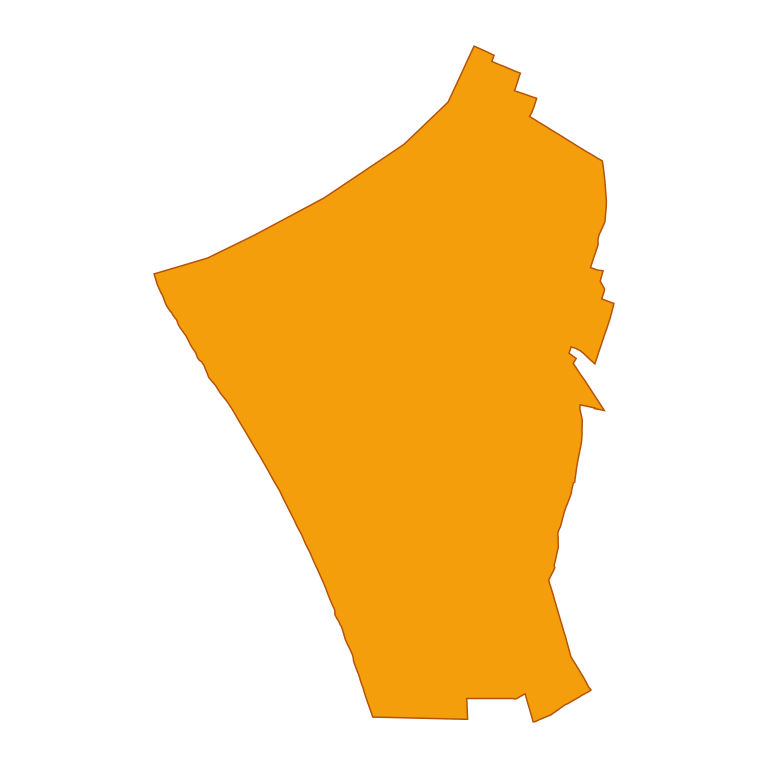 Ciudad Madero, Tamaulipas, Mexico, rotated 180°
{"feature_id": "50627088B64715613220585", "entity_name": "Ciudad Madero", "entity_type": "district", "adm_level": 2, "iso_a3": "MEX", "parent_name": "Mexico", "parent_adm1": "Tamaulipas", "projection": "robinson", "projection_center": [-97.839, 22.278], "detail": "fine", "context": "isolated", "style": "filled", "palette": "amber", "viewbox_px": 768, "rotation_deg": 180, "n_neighbors": 0, "source": "geoboundaries", "source_scale": "gbopen_adm2", "svg_char_len": 4769}
<svg xmlns="http://www.w3.org/2000/svg" viewBox="0 0 768 768"><g transform="rotate(180 384 384)"><path d="M293.9,721.9L299.7,709.5L311.9,683.0L319.8,666.1L325.2,660.8L338.1,648.5L351.5,635.6L364.0,623.7L377.6,614.5L443.9,570.1L512.4,533.5L516.9,531.2L546.2,516.9L560.4,510.0L563.3,509.1L607.8,495.9L613.9,494.1L610.8,483.6L606.8,474.7L606.2,474.1L604.7,470.6L603.6,467.5L602.5,464.5L600.4,460.6L597.9,456.9L597.5,456.3L597.2,456.3L596.3,455.3L595.2,452.9L593.6,451.1L592.6,449.5L591.5,448.4L589.6,443.2L587.2,439.3L584.5,435.6L582.7,433.1L581.6,431.4L579.4,427.1L577.5,423.1L575.2,419.4L573.6,417.2L572.1,414.8L570.6,410.5L568.9,408.0L566.3,406.1L563.7,401.9L562.5,398.6L560.7,394.5L559.4,390.8L556.5,387.2L552.4,382.5L547.8,375.0L541.0,366.6L535.4,358.1L528.0,345.3L521.6,334.7L515.2,323.6L508.2,312.0L500.3,298.2L493.9,286.5L488.5,277.5L485.0,270.1L483.5,267.1L478.5,257.2L474.2,248.8L470.9,241.6L466.4,233.3L462.4,224.0L457.9,215.2L455.8,210.2L454.4,206.9L449.4,196.1L444.3,184.7L442.0,179.0L439.3,171.8L436.6,165.2L435.0,161.6L433.9,159.5L433.3,157.8L433.1,156.1L433.1,153.8L432.7,152.6L431.5,150.2L429.2,146.5L427.7,143.1L426.5,141.3L425.3,137.6L424.0,133.2L422.7,128.5L420.7,124.0L418.1,118.9L415.9,114.0L415.4,112.6L414.9,110.9L414.6,108.2L414.1,105.7L411.5,98.7L409.1,92.8L407.6,87.5L407.0,85.6L405.0,80.1L403.7,75.8L403.2,74.0L400.5,66.0L397.4,57.3L395.2,50.9L376.7,50.5L373.8,50.4L370.9,50.4L367.8,50.3L301.5,48.7L300.4,48.8L300.9,60.9L301.3,69.5L255.9,69.5L254.1,69.2L252.7,69.1L251.5,69.3L243.0,74.2L242.5,72.8L241.6,69.5L240.5,65.8L239.8,63.4L234.8,46.1L233.3,46.2L231.4,47.0L228.5,48.4L217.0,53.2L216.6,53.4L216.4,53.6L205.7,61.3L202.7,63.4L200.5,64.2L197.9,65.7L195.2,67.3L192.6,68.8L189.9,70.3L188.2,71.3L187.3,72.0L178.9,76.6L177.7,77.4L177.0,78.1L178.7,80.2L179.3,80.8L180.8,83.7L182.3,86.7L184.0,89.8L185.0,91.5L185.7,92.6L186.6,94.1L187.4,95.4L188.3,96.9L188.6,97.5L190.0,99.8L190.2,100.0L191.6,102.3L191.8,102.7L193.4,105.3L194.0,106.2L195.3,108.2L196.4,110.2L196.8,110.4L197.9,114.4L198.7,117.3L199.1,118.7L199.6,120.5L200.3,123.2L200.5,123.7L201.4,126.9L201.5,127.5L202.3,130.4L202.7,131.9L203.5,134.3L204.1,136.3L204.5,137.5L205.4,140.7L205.6,141.6L206.7,145.1L206.8,145.5L208.0,149.2L208.1,149.7L208.8,152.2L209.1,153.1L210.0,156.4L211.1,160.0L211.8,162.4L212.0,163.4L213.0,166.6L215.2,174.5L216.9,179.8L217.0,180.2L218.1,183.7L218.8,185.9L218.8,186.1L219.3,187.8L217.3,191.9L213.9,198.6L213.2,200.3L213.9,202.8L213.7,203.4L212.7,207.3L211.9,210.6L211.8,211.2L210.8,216.1L209.9,219.7L209.7,221.1L209.9,226.5L209.8,229.9L210.1,232.7L210.1,235.2L209.4,237.4L207.3,242.1L206.4,245.7L203.9,255.3L202.0,260.9L200.9,263.5L197.8,271.5L197.6,272.3L196.9,274.2L195.9,280.0L195.3,282.3L194.6,285.1L194.2,285.3L193.2,285.9L193.0,288.9L192.8,289.9L192.2,294.2L191.4,300.1L190.4,306.1L187.7,319.7L187.5,320.5L187.2,321.9L187.0,323.6L186.4,327.0L186.2,330.0L185.9,333.8L186.0,337.1L185.8,345.4L185.7,347.1L185.8,348.2L186.0,349.2L186.7,352.5L187.2,354.6L187.3,355.1L187.8,357.9L188.1,359.2L188.1,360.2L188.0,361.4L187.9,362.9L187.9,363.2L183.3,362.2L178.0,361.1L175.7,360.5L173.0,360.0L173.4,359.4L163.7,357.5L167.5,363.4L172.3,370.7L177.3,378.4L177.3,378.5L177.5,378.8L181.9,385.5L182.1,385.9L184.5,389.4L187.1,392.9L189.3,396.3L194.8,404.7L191.8,409.5L195.3,412.1L199.0,414.8L197.3,419.5L197.1,421.1L193.0,419.9L192.5,419.7L192.1,419.5L188.1,417.5L187.9,417.4L184.3,414.5L177.3,407.8L173.5,404.4L173.1,404.1L169.8,414.1L169.3,415.8L168.5,418.2L167.4,421.3L165.4,427.4L164.6,429.7L163.1,434.3L161.3,439.1L159.8,443.9L159.7,444.2L158.3,448.3L158.0,449.3L156.7,454.1L156.5,454.9L154.1,464.5L163.1,467.9L166.3,469.1L164.7,473.9L163.5,477.8L163.5,479.1L167.3,486.0L167.6,486.5L167.7,487.2L166.2,492.6L164.9,497.2L167.6,497.6L170.5,497.9L172.4,498.6L174.9,499.5L177.5,500.5L175.8,505.5L174.3,510.2L172.6,515.1L170.9,520.3L170.3,522.1L169.9,523.5L169.9,524.2L169.9,525.4L170.1,526.9L170.0,528.5L169.9,529.0L169.3,531.9L168.5,534.2L167.1,537.1L166.4,538.6L166.3,538.8L164.5,542.9L164.0,543.9L163.1,546.1L162.6,551.7L161.8,560.8L161.6,567.4L162.6,580.2L163.1,586.9L163.8,593.2L164.5,599.1L165.0,602.9L165.1,603.5L165.5,605.8L165.7,607.1L169.2,609.1L169.6,609.3L171.3,610.3L171.8,610.6L177.2,613.9L178.7,614.8L179.6,615.2L190.2,621.6L194.7,624.5L199.1,627.2L203.9,630.2L208.8,633.3L213.8,636.3L219.0,639.5L223.7,642.5L228.6,645.4L233.5,648.5L238.4,651.4L236.3,655.3L234.2,660.7L232.7,665.3L231.3,669.7L236.6,671.4L242.0,673.4L247.4,675.2L253.6,677.3L251.9,681.7L250.6,685.7L249.2,690.3L247.6,694.8L253.7,697.2L258.9,699.4L264.3,701.7L266.7,702.6L268.6,703.3L270.8,704.3L273.1,705.2L276.2,706.5L274.5,711.2L273.9,712.7L274.4,712.9L275.2,713.2L275.4,713.3L278.4,714.8L281.0,716.1L282.2,716.6L293.9,721.9Z" fill="#f59e0b" stroke="#b45309" stroke-width="1.5"/></g></svg>